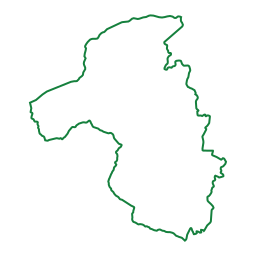 an SVG outline of Mashonaland West
{"feature_id": "ZWE-533", "entity_name": "Mashonaland West", "entity_type": "Province", "adm_level": 1, "iso_a3": "ZWE", "parent_name": "Zimbabwe", "parent_adm1": "", "projection": "orthographic", "projection_center": [29.817, -17.238], "detail": "fine", "context": "isolated", "style": "outline", "palette": "green", "viewbox_px": 256, "rotation_deg": 0, "n_neighbors": 0, "source": "natural_earth", "source_scale": "10m", "svg_char_len": 5861}
<svg xmlns="http://www.w3.org/2000/svg" viewBox="0 0 256 256"><path d="M150.4,15.4L153.4,15.6L159.1,17.2L162.0,17.5L164.6,17.1L167.3,16.4L170.0,16.0L172.6,16.6L174.3,17.8L175.1,18.0L176.2,17.8L177.7,16.6L178.3,16.4L180.0,16.6L181.1,17.1L180.9,17.9L180.9,20.6L181.2,21.6L182.0,22.6L182.9,24.8L182.6,25.8L182.1,26.6L164.6,41.8L164.3,42.2L164.4,43.2L164.7,43.8L165.5,44.4L166.9,45.0L167.1,45.4L167.2,45.9L166.9,48.3L167.2,49.4L168.1,50.6L168.2,52.0L168.6,52.6L169.1,53.0L170.5,53.0L170.8,53.2L171.0,53.6L171.0,54.3L170.7,55.0L169.0,56.1L168.6,56.5L167.8,57.8L167.5,58.9L167.8,61.6L167.7,63.1L167.3,63.8L166.5,64.4L165.7,65.4L164.5,68.0L164.5,68.7L164.6,69.1L165.3,69.4L166.0,69.7L166.7,69.7L167.2,69.2L167.6,68.1L168.1,67.7L168.8,67.4L169.6,67.3L171.4,67.7L171.7,67.6L172.3,66.8L172.9,66.4L174.7,66.0L175.4,65.2L175.6,64.6L175.3,62.3L175.4,61.6L175.9,61.1L176.6,60.8L179.0,60.5L180.3,60.7L180.7,60.8L181.0,61.1L182.1,64.0L183.5,65.5L184.1,65.7L187.9,65.5L188.8,65.9L189.4,66.8L190.1,69.2L190.2,70.6L189.0,73.1L188.7,75.1L188.3,77.3L187.4,78.9L186.9,80.5L186.4,83.5L186.4,84.1L186.5,84.5L187.9,86.9L189.3,87.5L190.2,88.1L191.6,88.5L194.5,90.2L195.6,92.7L195.7,93.2L195.3,94.3L196.8,95.3L197.6,96.7L197.8,97.8L197.7,98.2L197.4,98.9L196.2,100.5L195.9,101.8L196.3,107.9L196.4,108.4L196.8,109.0L197.9,109.9L198.4,110.5L198.3,110.8L198.1,111.0L197.3,111.5L197.4,113.6L197.6,115.0L198.1,115.5L198.9,115.6L200.9,115.5L201.8,115.9L202.2,116.0L204.2,114.7L204.9,114.6L205.3,114.8L205.5,115.9L205.8,116.2L206.1,116.2L207.3,115.5L208.0,115.4L209.5,115.9L209.8,116.3L209.9,116.7L209.2,122.9L208.9,123.5L207.9,125.0L207.1,126.0L205.5,127.4L205.3,127.8L205.4,128.1L206.2,129.0L206.1,129.7L203.6,134.5L202.7,135.9L202.4,136.8L203.3,140.7L203.4,141.8L203.4,142.8L202.5,148.5L202.6,150.2L203.2,150.6L212.9,150.7L213.0,151.0L212.7,152.2L212.1,154.1L212.1,154.7L212.3,155.1L213.0,155.5L216.6,157.0L221.0,159.6L221.4,159.6L222.6,158.5L223.0,158.2L224.2,158.7L226.0,161.8L225.3,163.9L223.4,166.1L222.6,166.6L221.3,167.1L221.0,167.4L220.8,167.9L220.7,169.2L221.3,170.3L221.3,171.1L220.8,172.0L220.7,172.6L220.9,173.0L222.6,174.1L223.0,174.5L223.3,175.0L223.4,175.7L223.4,176.1L223.1,176.4L220.9,177.1L219.1,177.5L217.9,176.7L215.6,175.8L215.4,175.7L215.2,175.8L214.9,176.3L214.7,177.3L214.8,177.8L215.2,179.3L215.2,179.7L215.0,180.0L214.7,180.4L213.2,181.1L212.8,181.8L212.7,182.6L212.8,183.6L213.8,185.9L213.8,186.3L213.6,186.7L212.3,187.7L212.1,188.3L211.4,190.5L211.4,190.9L211.6,191.6L211.5,192.2L211.1,193.1L210.0,194.8L209.3,195.6L208.8,196.1L207.9,196.5L207.4,197.1L207.5,200.0L207.7,200.8L208.3,201.6L211.0,204.1L212.8,206.1L213.1,206.7L213.5,207.7L213.2,208.5L212.1,209.4L211.8,209.8L211.6,210.5L210.9,220.7L210.8,221.5L210.5,222.1L210.1,222.7L207.2,225.4L204.2,230.6L203.9,230.9L203.5,230.3L203.2,230.2L201.7,229.9L201.1,229.9L201.0,230.7L201.3,232.1L200.9,232.6L199.8,232.6L198.6,231.8L196.8,231.3L196.6,231.4L196.5,231.7L196.8,233.0L196.5,233.3L196.0,233.7L194.7,234.1L193.8,234.1L192.8,231.6L192.3,230.9L191.5,228.5L191.0,228.1L190.6,228.2L190.1,228.8L187.2,234.7L186.5,238.4L186.1,239.5L184.9,240.6L182.0,237.9L180.7,237.4L179.2,237.0L177.7,236.3L176.2,235.8L173.8,233.5L172.9,233.0L172.1,232.7L169.8,232.1L167.7,232.1L166.0,231.9L164.1,230.9L162.4,230.7L160.2,229.6L159.6,229.5L158.1,229.8L157.0,230.6L156.7,230.7L154.2,230.2L151.6,229.0L150.3,228.7L149.9,228.4L149.4,227.5L148.9,227.2L148.2,227.0L146.8,226.3L145.3,226.5L144.9,226.2L143.9,225.3L143.1,224.8L142.0,224.4L140.0,224.1L138.7,224.4L138.0,224.2L135.5,222.6L133.5,221.9L133.1,221.5L132.6,220.7L132.2,219.7L132.2,218.8L132.4,217.5L132.1,213.9L132.5,213.2L133.2,212.4L133.3,211.0L134.1,208.3L134.2,207.5L134.0,207.1L133.6,206.8L131.1,205.6L122.1,199.8L120.3,199.3L119.8,199.0L118.3,197.0L115.9,195.6L114.3,193.8L113.3,192.0L111.5,190.4L111.2,189.8L111.1,188.6L109.9,187.3L109.4,186.5L109.2,185.7L108.8,184.8L108.8,183.2L108.3,181.4L108.4,181.0L108.7,180.4L108.9,179.3L109.4,178.4L111.2,174.0L111.9,172.8L112.3,171.7L113.6,169.9L114.1,167.4L115.8,165.7L116.3,164.7L116.1,164.3L115.2,163.1L115.1,162.3L116.4,161.3L117.0,160.3L117.2,159.6L117.2,157.8L117.5,156.1L117.2,154.2L116.2,153.0L116.0,152.2L116.1,151.8L116.5,151.3L117.6,150.4L118.5,148.8L118.9,148.2L120.5,147.1L121.0,146.6L121.6,145.2L121.5,144.8L121.0,144.5L119.8,144.1L118.7,143.6L114.3,138.5L113.9,137.5L113.4,135.3L112.9,134.4L112.4,133.9L111.0,133.0L110.0,132.9L108.7,133.3L108.0,133.2L103.4,131.7L101.9,130.7L100.1,130.2L98.2,128.6L93.6,127.1L93.0,126.7L92.3,125.6L91.9,124.6L91.0,123.1L90.4,121.5L89.7,120.7L89.4,120.6L89.0,120.7L86.7,122.5L85.7,122.6L83.9,122.3L82.7,122.4L79.0,123.6L76.6,125.3L76.2,125.7L75.7,126.7L75.1,127.1L74.5,127.2L73.1,127.0L72.6,127.0L72.1,127.2L71.5,127.8L68.9,130.9L67.6,133.6L65.0,136.9L63.5,137.9L62.6,139.0L62.3,139.2L62.0,139.2L60.8,138.2L60.4,138.2L59.7,138.6L59.3,138.7L56.8,138.2L55.7,138.4L49.0,140.0L48.2,140.5L47.3,140.7L45.2,140.3L44.3,137.2L44.0,136.9L43.6,136.4L42.6,136.0L41.8,135.6L41.2,134.8L39.9,133.8L39.6,133.4L39.0,130.9L38.9,129.2L38.1,127.8L38.1,127.4L38.4,126.7L38.4,126.0L37.8,124.9L37.5,124.0L37.8,122.3L37.3,121.8L36.6,121.6L35.1,121.6L34.7,121.5L34.4,121.1L33.6,119.4L33.2,119.1L32.3,118.8L31.7,118.4L31.4,117.9L31.6,116.3L32.4,113.9L32.4,113.3L32.0,112.8L30.9,112.3L30.6,112.0L31.3,108.2L30.0,102.7L36.0,100.0L42.5,94.5L46.9,91.5L71.0,81.8L74.2,81.2L76.0,81.2L77.0,81.0L78.8,79.2L79.4,78.0L82.0,76.0L82.9,74.9L83.3,72.4L85.2,69.2L85.2,67.6L84.0,64.7L83.8,63.5L84.0,62.0L85.6,58.3L84.4,56.3L84.8,53.5L85.6,50.6L86.0,48.3L85.2,47.1L85.1,46.4L85.3,45.7L86.4,43.8L87.8,41.9L90.0,39.7L91.3,39.1L92.7,38.8L95.8,38.8L97.4,38.5L98.2,37.6L99.6,34.9L100.3,34.2L101.3,33.2L102.7,32.4L104.0,32.1L104.6,31.7L107.0,29.2L121.7,22.3L122.7,22.1L128.4,21.5L129.6,20.8L132.1,18.7L133.7,18.2L137.8,19.0L139.4,18.7L143.2,17.4L146.1,17.0L148.9,15.7L150.4,15.4Z" fill="none" stroke="#15803d" stroke-width="2"/></svg>